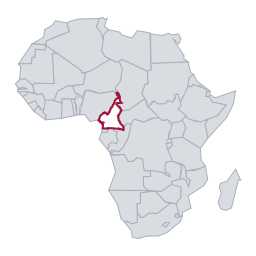 Africa, with Cameroon highlighted
{"feature_id": "CMR", "entity_name": "Cameroon", "entity_type": "country or territory", "adm_level": 0, "iso_a3": "CMR", "parent_name": "Africa", "parent_adm1": "", "projection": "albers", "projection_center": [12.994, 7.377], "detail": "fine", "context": "in_parent", "style": "outline", "palette": "rose", "viewbox_px": 256, "rotation_deg": 0, "n_neighbors": 49, "source": "natural_earth", "source_scale": "50m", "svg_char_len": 13326}
<svg xmlns="http://www.w3.org/2000/svg" viewBox="0 0 256 256"><path d="M182.3,137.1L200.5,148.3L201.2,160.4L205.4,166.0L202.8,167.9L186.1,170.8L183.0,164.3L172.8,161.4L168.8,155.7L167.6,149.3L172.2,145.4L170.8,138.2L182.3,137.1Z" fill="#d9dde1" stroke="#a8b0b8" stroke-width="1"/><path d="M45.8,45.3L45.6,50.0L35.4,49.3L35.1,57.3L32.1,57.4L31.6,63.6L18.5,63.9L32.2,43.7L45.8,45.3Z" fill="#d9dde1" stroke="#a8b0b8" stroke-width="1"/><path d="M167.6,149.3L172.8,161.4L166.1,162.2L165.2,172.5L169.5,173.5L169.9,176.9L161.1,172.1L144.1,170.9L142.4,158.9L136.9,157.9L133.4,161.3L128.2,161.6L124.3,154.6L110.4,154.4L115.1,150.3L118.4,151.8L123.2,147.1L128.5,137.0L131.3,121.8L134.3,119.0L143.9,122.1L154.4,117.8L160.1,117.7L163.6,120.7L167.8,119.6L172.9,127.2L168.8,132.7L167.6,149.3Z" fill="#d9dde1" stroke="#a8b0b8" stroke-width="1"/><path d="M207.9,138.1L205.0,123.7L208.4,118.7L217.5,115.5L225.9,105.0L212.4,102.1L208.4,97.8L210.1,94.7L215.1,97.8L235.5,90.9L233.3,104.1L226.7,117.4L207.9,138.1Z" fill="#d9dde1" stroke="#a8b0b8" stroke-width="1"/><path d="M200.5,148.3L182.3,137.1L185.6,127.6L181.9,120.1L185.9,115.8L195.4,121.6L207.6,119.8L205.0,123.7L207.9,138.1L200.5,148.3Z" fill="#d9dde1" stroke="#a8b0b8" stroke-width="1"/><path d="M150.7,108.2L148.2,106.8L147.0,105.9L147.2,102.1L141.8,94.0L145.1,83.9L147.9,84.0L147.4,69.8L151.0,69.7L150.9,63.3L188.1,61.8L190.6,72.6L193.7,74.4L188.9,78.0L187.7,89.2L181.7,99.1L181.1,105.5L176.6,94.0L172.4,102.2L168.0,100.8L164.8,103.9L157.6,103.9L152.1,101.4L148.4,106.9L150.7,108.2Z" fill="#d9dde1" stroke="#a8b0b8" stroke-width="1"/><path d="M147.4,71.2L147.9,84.0L145.1,83.9L141.8,94.0L144.9,98.7L129.3,109.7L120.6,111.3L116.2,104.3L121.1,102.8L118.3,91.9L114.9,88.5L120.3,81.1L122.3,69.0L119.0,61.1L122.1,59.4L147.4,71.2Z" fill="#d9dde1" stroke="#a8b0b8" stroke-width="1"/><path d="M124.8,222.5L126.5,221.2L132.3,223.7L137.3,222.1L137.1,211.8L140.7,217.5L143.2,217.2L149.0,213.0L157.2,213.4L169.9,203.3L176.0,203.6L178.9,209.5L178.7,213.7L175.9,213.5L174.8,216.3L176.9,217.7L182.3,216.0L180.3,221.6L166.8,232.7L158.3,236.0L146.9,236.1L138.1,238.6L132.1,237.0L131.5,230.7L124.8,222.5ZM169.1,222.6L165.9,222.4L162.2,225.3L166.2,226.9L169.1,222.6Z" fill="#d9dde1" stroke="#a8b0b8" stroke-width="1"/><path d="M169.1,222.6L166.2,226.9L162.2,225.3L165.9,222.4L169.1,222.6Z" fill="#d9dde1" stroke="#a8b0b8" stroke-width="1"/><path d="M176.0,203.6L165.0,201.8L155.2,191.0L161.3,191.4L172.1,183.7L181.0,187.0L180.9,197.7L176.0,203.6Z" fill="#d9dde1" stroke="#a8b0b8" stroke-width="1"/><path d="M169.9,203.3L157.2,213.4L149.0,213.0L143.2,217.2L140.7,217.5L137.1,211.8L137.0,203.5L140.4,203.3L140.3,192.9L155.2,191.0L165.0,201.8L169.9,203.3Z" fill="#d9dde1" stroke="#a8b0b8" stroke-width="1"/><path d="M137.0,203.5L137.3,222.1L132.3,223.7L126.5,221.2L124.8,222.5L120.9,218.5L117.5,204.4L108.8,190.3L154.5,190.5L140.3,192.9L140.4,203.3L137.0,203.5Z" fill="#d9dde1" stroke="#a8b0b8" stroke-width="1"/><path d="M18.0,87.9L15.4,84.0L20.5,78.7L25.5,78.5L32.7,85.4L34.4,92.6L17.9,91.8L17.5,89.3L27.2,88.7L18.0,87.9Z" fill="#d9dde1" stroke="#a8b0b8" stroke-width="1"/><path d="M34.4,92.6L32.7,85.4L34.5,83.0L54.0,83.6L52.4,53.2L57.2,53.3L82.0,70.9L82.0,72.9L85.5,72.7L83.3,84.3L68.2,85.8L58.7,90.4L53.8,100.4L45.3,100.5L42.1,93.5L38.7,94.8L34.4,92.6Z" fill="#d9dde1" stroke="#a8b0b8" stroke-width="1"/><path d="M18.5,63.9L31.6,63.6L32.1,57.4L35.1,57.3L35.4,49.3L45.6,50.0L45.8,45.3L57.2,53.3L52.4,53.2L54.0,83.6L34.5,83.0L32.7,85.4L25.5,78.5L19.4,79.6L20.8,66.9L18.5,63.9Z" fill="#d9dde1" stroke="#a8b0b8" stroke-width="1"/><path d="M79.6,114.7L76.9,115.1L76.5,105.2L73.7,100.7L80.5,95.1L83.5,100.1L79.8,107.3L79.6,114.7Z" fill="#d9dde1" stroke="#a8b0b8" stroke-width="1"/><path d="M119.0,61.1L122.3,69.0L120.3,81.1L114.9,88.5L118.3,91.9L116.9,94.7L113.4,91.0L100.4,93.5L89.0,89.9L84.7,90.9L82.9,97.0L74.7,92.9L72.8,86.1L83.3,84.3L85.5,72.7L110.0,59.2L116.7,62.3L119.0,61.1Z" fill="#d9dde1" stroke="#a8b0b8" stroke-width="1"/><path d="M79.6,114.7L85.5,90.3L100.4,93.5L113.4,91.0L118.2,96.0L109.1,112.7L100.9,114.5L98.4,119.9L89.9,121.5L84.9,114.8L79.6,114.7Z" fill="#d9dde1" stroke="#a8b0b8" stroke-width="1"/><path d="M74.2,99.0L76.9,115.1L74.2,115.7L71.1,99.9L74.2,99.0Z" fill="#d9dde1" stroke="#a8b0b8" stroke-width="1"/><path d="M71.3,98.9L74.2,115.7L61.4,118.4L61.8,98.7L71.3,98.9Z" fill="#d9dde1" stroke="#a8b0b8" stroke-width="1"/><path d="M45.3,100.5L51.2,99.8L62.0,103.1L61.4,118.4L45.4,119.8L46.1,115.4L42.8,112.7L45.3,100.5Z" fill="#d9dde1" stroke="#a8b0b8" stroke-width="1"/><path d="M27.5,91.8L38.7,94.8L42.1,93.5L45.3,100.5L44.1,108.8L41.0,109.9L39.4,105.7L37.0,106.2L35.3,100.6L28.2,103.9L22.6,96.5L27.5,91.8Z" fill="#d9dde1" stroke="#a8b0b8" stroke-width="1"/><path d="M17.9,91.8L27.5,91.8L27.2,94.3L22.6,96.5L17.9,91.8Z" fill="#d9dde1" stroke="#a8b0b8" stroke-width="1"/><path d="M43.6,108.8L42.8,112.7L46.1,115.4L45.4,119.8L33.7,111.2L37.9,106.1L41.0,109.9L43.6,108.8Z" fill="#d9dde1" stroke="#a8b0b8" stroke-width="1"/><path d="M28.2,103.9L35.3,100.6L37.9,106.1L33.7,111.2L28.2,103.9Z" fill="#d9dde1" stroke="#a8b0b8" stroke-width="1"/><path d="M53.8,100.4L57.8,91.1L68.2,85.8L72.8,86.1L74.7,92.9L78.4,93.8L74.2,99.0L61.8,98.7L62.0,103.1L53.8,100.4Z" fill="#d9dde1" stroke="#a8b0b8" stroke-width="1"/><path d="M160.1,117.7L150.4,118.4L143.9,122.1L134.3,119.0L131.0,124.1L126.7,123.4L123.1,128.2L117.9,117.8L120.6,111.3L129.3,109.7L144.9,98.7L147.0,105.9L160.1,117.7Z" fill="#d9dde1" stroke="#a8b0b8" stroke-width="1"/><path d="M131.0,124.1L128.5,137.0L123.2,147.1L118.4,151.8L111.9,150.1L109.5,152.0L106.8,148.6L109.3,146.8L108.1,144.6L111.7,142.0L116.4,143.7L117.9,140.0L115.9,135.5L117.4,131.7L114.1,131.4L113.4,128.2L122.8,130.0L126.7,123.4L131.0,124.1Z" fill="#d9dde1" stroke="#a8b0b8" stroke-width="1"/><path d="M107.5,128.2L113.0,128.1L114.1,131.4L117.4,131.7L115.9,135.5L117.9,140.0L116.4,143.7L111.7,142.0L108.1,144.6L109.3,146.8L106.8,148.6L99.2,139.2L101.6,132.3L107.5,132.2L107.5,128.2Z" fill="#d9dde1" stroke="#a8b0b8" stroke-width="1"/><path d="M102.1,128.1L107.5,128.2L107.5,132.2L101.6,132.3L102.1,128.1Z" fill="#d9dde1" stroke="#a8b0b8" stroke-width="1"/><path d="M172.8,161.4L181.4,165.2L180.1,177.9L181.9,178.6L171.7,181.5L172.1,183.7L161.3,191.4L148.2,190.5L143.5,186.3L143.5,176.5L150.6,176.4L150.0,170.2L161.1,172.1L169.9,176.9L169.5,173.5L165.2,172.5L165.2,164.2L167.0,161.8L172.8,161.4Z" fill="#d9dde1" stroke="#a8b0b8" stroke-width="1"/><path d="M179.7,163.9L185.0,166.6L186.4,177.2L190.4,180.1L188.5,186.9L186.2,180.4L180.1,177.9L182.3,167.8L179.7,163.9Z" fill="#d9dde1" stroke="#a8b0b8" stroke-width="1"/><path d="M186.1,170.8L196.0,170.4L205.4,166.0L207.7,179.4L203.6,185.8L188.1,195.8L191.1,208.2L182.7,212.1L182.3,216.0L179.6,216.1L176.0,203.6L180.9,197.7L181.0,187.0L172.4,184.8L171.7,181.5L181.9,178.6L186.2,180.4L188.5,186.9L190.4,180.1L186.4,177.2L186.1,170.8Z" fill="#d9dde1" stroke="#a8b0b8" stroke-width="1"/><path d="M179.6,216.1L176.9,217.7L174.8,216.3L175.9,213.5L179.6,216.1Z" fill="#d9dde1" stroke="#a8b0b8" stroke-width="1"/><path d="M109.5,152.0L111.9,151.8L110.4,154.4L109.5,152.0ZM110.9,155.4L124.3,154.6L128.2,161.6L133.4,161.3L136.9,157.9L142.4,158.9L144.1,170.9L150.4,171.2L150.6,176.4L143.5,176.5L143.5,186.3L148.2,190.5L108.8,190.3L115.6,171.8L110.9,155.4Z" fill="#d9dde1" stroke="#a8b0b8" stroke-width="1"/><path d="M171.2,142.4L172.2,145.4L167.6,149.3L166.4,143.9L171.2,142.4Z" fill="#d9dde1" stroke="#a8b0b8" stroke-width="1"/><path d="M235.7,169.2L240.6,180.1L238.2,180.3L231.5,208.0L225.8,210.3L220.9,208.9L218.1,202.8L221.3,192.8L219.2,186.9L220.6,183.2L226.8,181.4L235.7,169.2Z" fill="#d9dde1" stroke="#a8b0b8" stroke-width="1"/><path d="M17.5,89.3L23.3,87.3L27.2,88.7L17.5,89.3Z" fill="#d9dde1" stroke="#a8b0b8" stroke-width="1"/><path d="M102.3,38.0L96.4,26.7L99.2,18.5L102.5,17.4L104.6,19.2L107.2,18.2L104.4,26.1L108.5,29.6L102.3,38.0Z" fill="#d9dde1" stroke="#a8b0b8" stroke-width="1"/><path d="M45.8,45.3L46.1,40.9L69.2,31.5L66.8,22.9L69.8,21.4L78.0,19.1L99.2,18.5L96.4,26.7L101.0,32.6L103.3,40.7L101.7,50.9L104.7,56.3L110.0,59.2L90.0,71.3L82.0,72.9L82.0,70.9L45.8,45.3Z" fill="#d9dde1" stroke="#a8b0b8" stroke-width="1"/><path d="M188.0,86.4L188.9,78.0L193.7,74.4L196.8,81.0L209.6,90.7L207.3,91.4L199.5,85.4L188.0,86.4Z" fill="#d9dde1" stroke="#a8b0b8" stroke-width="1"/><path d="M32.2,43.7L43.5,37.4L44.7,29.6L52.2,25.4L55.4,20.8L66.8,22.9L69.2,31.5L46.1,40.9L45.9,44.5L32.2,43.7Z" fill="#d9dde1" stroke="#a8b0b8" stroke-width="1"/><path d="M188.1,61.8L150.9,63.3L150.6,33.8L162.2,35.5L168.4,33.2L171.5,34.9L178.6,33.8L180.9,38.8L178.7,44.1L172.8,38.4L184.1,55.9L183.7,58.6L188.1,61.8Z" fill="#d9dde1" stroke="#a8b0b8" stroke-width="1"/><path d="M149.8,32.8L151.0,69.7L147.4,71.2L122.1,59.4L116.7,62.3L104.7,56.3L101.7,50.9L103.8,34.8L108.5,29.6L120.0,32.2L121.5,34.8L131.9,38.0L137.3,30.7L149.8,32.8Z" fill="#d9dde1" stroke="#a8b0b8" stroke-width="1"/><path d="M225.9,105.0L217.5,115.5L200.2,121.9L188.9,119.1L177.9,108.7L188.0,86.4L191.8,86.8L192.7,84.3L204.7,88.6L207.3,91.4L205.7,96.4L209.1,96.6L212.4,102.1L225.9,105.0Z" fill="#d9dde1" stroke="#a8b0b8" stroke-width="1"/><path d="M207.3,91.4L210.5,91.7L209.1,96.6L205.7,96.4L207.3,91.4Z" fill="#d9dde1" stroke="#a8b0b8" stroke-width="1"/><path d="M182.3,137.1L168.1,139.0L172.9,122.0L181.9,120.1L183.5,122.3L185.6,127.6L182.3,137.1Z" fill="#d9dde1" stroke="#a8b0b8" stroke-width="1"/><path d="M170.8,138.2L172.1,141.9L166.4,143.9L167.1,139.9L170.8,138.2Z" fill="#d9dde1" stroke="#a8b0b8" stroke-width="1"/><path d="M171.6,123.0L167.8,119.6L162.1,120.4L148.4,106.9L154.4,100.9L157.6,103.9L164.8,103.9L168.0,100.8L172.4,102.2L175.6,97.9L174.5,95.0L178.1,94.2L181.1,105.5L177.9,108.7L185.9,115.8L179.9,121.7L171.6,123.0Z" fill="#d9dde1" stroke="#a8b0b8" stroke-width="1"/><path d="M98.6,120.0L98.7,119.7L98.9,119.4L99.2,119.0L99.4,118.5L99.6,117.7L99.8,117.1L99.9,116.6L100.1,116.2L100.3,115.9L100.9,115.3L101.3,114.9L101.6,114.7L102.0,114.4L102.3,114.2L102.5,113.8L102.7,113.4L102.8,113.4L103.0,113.3L103.5,112.9L103.9,112.7L103.9,112.8L104.0,112.9L104.1,113.0L104.3,113.1L104.7,113.1L105.0,113.0L105.1,112.9L105.2,112.5L105.3,112.5L105.8,112.7L106.1,113.1L106.5,113.4L106.7,113.5L106.9,114.3L107.0,114.5L107.4,114.5L107.7,114.4L107.9,114.2L108.2,114.0L108.4,113.8L108.4,113.7L108.5,113.2L108.8,112.8L109.2,112.5L109.4,112.3L109.4,112.2L109.1,111.8L109.3,111.5L109.4,111.4L110.0,110.7L110.0,110.3L110.4,109.6L110.7,108.6L110.9,108.0L111.2,107.4L111.8,107.3L112.0,107.2L112.3,106.9L112.4,106.7L112.5,106.5L112.6,106.0L112.7,105.5L112.7,105.1L112.9,104.7L113.2,104.5L113.7,104.3L113.8,104.2L113.9,103.4L113.9,103.1L114.0,102.9L114.0,102.7L114.5,102.2L114.7,101.6L114.9,100.8L115.4,99.9L116.0,99.1L116.3,98.8L116.6,98.7L116.8,98.7L117.0,98.6L117.7,98.2L118.0,98.1L118.2,97.9L118.2,97.6L118.2,97.1L118.3,96.8L118.3,96.3L118.4,95.9L118.4,95.7L118.2,95.5L118.0,95.3L117.7,95.1L117.2,95.1L117.0,94.8L116.9,94.7L116.9,94.2L116.6,92.7L117.1,92.7L117.8,92.9L118.0,93.0L118.1,93.5L118.4,93.8L118.8,94.1L119.1,94.6L119.2,95.3L119.4,95.8L119.5,95.9L119.8,96.5L119.9,97.1L119.8,97.4L120.0,97.7L119.8,98.3L119.7,98.6L119.7,99.1L119.8,100.0L120.0,100.7L120.2,101.2L120.5,101.6L120.9,102.1L121.3,102.5L121.7,102.8L121.4,102.9L120.6,102.9L120.2,102.9L119.8,102.9L119.1,103.0L118.3,103.0L117.6,102.9L117.2,102.9L116.8,103.1L116.6,103.5L116.3,103.8L116.4,104.2L116.6,104.3L117.0,104.8L117.3,105.2L117.5,105.4L118.1,106.0L118.8,106.5L119.1,106.7L119.2,106.8L119.5,107.0L120.0,107.5L120.4,108.3L120.8,109.1L121.1,109.9L121.2,110.0L121.4,110.1L121.5,110.2L121.4,110.5L121.2,110.9L120.9,111.5L120.4,111.8L120.3,112.0L120.2,112.5L119.9,113.0L119.8,113.4L119.6,113.5L119.2,114.1L118.9,114.8L118.8,115.0L118.7,115.1L118.2,115.3L118.0,115.5L117.8,115.7L117.8,115.8L117.9,116.1L118.0,116.2L118.3,116.2L118.4,116.3L118.4,117.6L118.3,117.8L118.3,118.1L118.2,118.3L118.3,118.4L118.4,118.5L118.5,118.7L118.6,119.0L118.7,120.4L118.8,120.6L119.3,121.0L119.8,121.4L119.9,121.6L120.0,122.0L120.1,122.3L120.1,122.5L119.9,122.5L120.1,123.1L120.5,123.5L120.9,124.0L121.2,124.3L121.6,124.7L121.9,125.1L122.3,125.4L122.5,125.5L122.8,125.6L123.0,125.9L123.2,126.1L123.3,126.3L123.2,126.5L123.3,126.9L123.3,127.0L123.4,127.5L123.5,127.9L123.6,128.2L123.6,128.4L123.4,128.5L123.2,129.0L123.3,129.3L123.5,129.7L123.5,130.0L123.4,130.0L123.2,130.1L122.9,129.9L122.6,129.7L122.2,129.4L121.7,129.2L121.1,129.2L120.8,129.3L120.7,129.2L120.4,129.0L120.1,129.1L119.9,129.1L119.7,129.1L119.4,129.1L119.4,128.9L118.9,128.9L118.8,128.7L118.6,128.7L118.3,128.4L118.0,128.6L117.4,128.6L116.5,128.6L115.7,128.6L114.9,128.6L114.1,128.6L114.0,128.4L113.9,128.3L113.6,128.3L112.7,128.3L112.0,128.3L111.8,128.2L111.6,128.2L111.0,128.1L110.4,128.2L110.2,128.2L109.7,128.2L108.4,128.1L107.7,128.1L107.7,128.3L107.7,128.6L106.9,128.5L105.9,128.5L104.9,128.5L104.3,128.5L103.2,128.5L102.9,128.4L102.7,128.3L102.7,128.2L102.7,127.3L102.9,126.7L102.9,126.1L103.1,125.5L103.0,125.0L102.9,124.8L102.2,124.0L102.5,123.7L102.1,123.8L102.1,123.5L101.9,123.2L102.0,123.1L102.1,122.9L102.5,123.0L102.5,122.9L102.1,122.6L102.3,122.3L102.2,122.3L101.9,122.4L101.7,122.3L101.7,122.5L101.4,122.8L101.2,122.7L100.9,122.5L100.4,122.4L100.1,122.2L100.0,121.7L99.8,121.5L99.8,121.3L99.7,121.1L99.8,120.7L99.7,120.6L99.4,120.6L99.1,120.4L99.1,120.7L98.9,120.8L98.7,120.7L98.7,120.0L98.6,120.0Z" fill="none" stroke="#9f1239" stroke-width="2"/></svg>